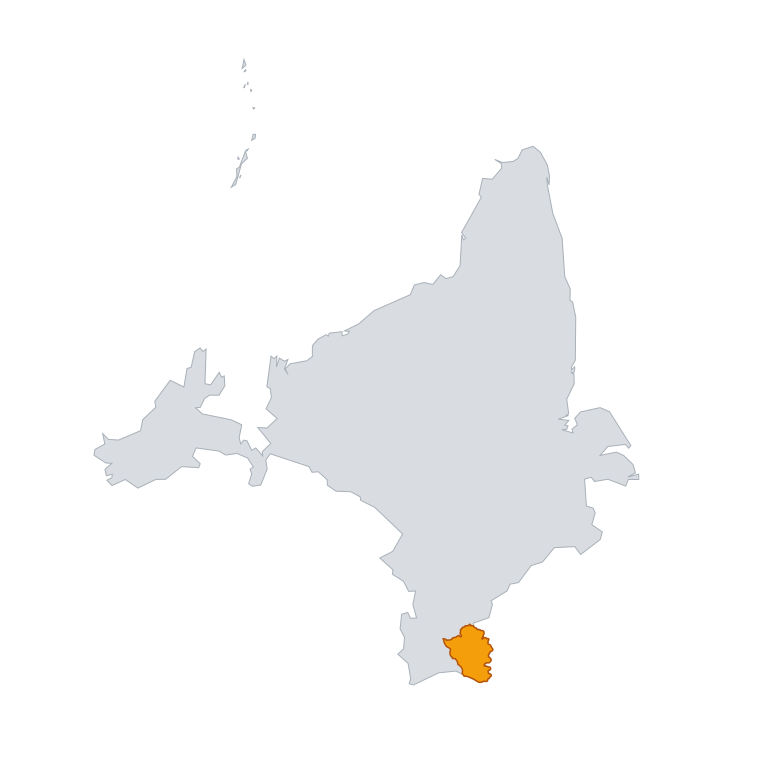 India, with Jammu and Kashmir highlighted, rotated 192°
{"feature_id": "IND-2431", "entity_name": "Jammu and Kashmir", "entity_type": "Union Territory", "adm_level": 1, "iso_a3": "IND", "parent_name": "India", "parent_adm1": "", "projection": "mercator", "projection_center": [75.016, 33.537], "detail": "fine", "context": "in_parent", "style": "filled", "palette": "amber", "viewbox_px": 768, "rotation_deg": 192, "n_neighbors": 0, "source": "natural_earth", "source_scale": "10m", "svg_char_len": 6998}
<svg xmlns="http://www.w3.org/2000/svg" viewBox="0 0 768 768"><g transform="rotate(192 384 384)"><path d="M114.9,343.6L125.2,341.4L126.3,334.4L145.2,337.4L157.8,332.4L162.0,335.9L168.0,332.6L160.7,306.8L153.6,306.0L150.6,301.8L151.5,289.6L139.7,284.7L140.2,276.8L156.2,258.1L163.5,264.6L183.3,259.4L192.0,242.8L202.3,237.0L211.1,217.8L219.0,214.4L220.7,207.1L234.2,194.2L232.1,191.0L232.8,177.3L247.0,168.6L245.3,165.2L235.2,162.6L234.8,156.8L229.1,156.5L228.2,151.6L222.6,147.3L225.3,140.3L222.1,135.5L227.2,130.5L220.8,127.6L222.0,124.0L218.8,120.9L221.8,114.7L228.1,112.2L254.1,118.1L270.4,112.9L292.7,95.7L297.1,96.1L296.6,101.3L302.4,115.8L314.3,122.6L309.8,129.0L311.2,140.4L317.3,147.7L318.9,162.4L313.3,165.5L309.3,160.3L303.5,162.0L309.9,174.2L310.1,188.0L316.8,186.3L323.9,195.1L336.0,199.5L336.8,204.2L351.9,212.9L340.7,222.1L334.6,241.2L367.4,261.4L382.7,265.4L383.7,268.6L394.0,271.7L408.7,269.2L418.3,273.2L419.7,278.5L429.9,284.5L436.0,282.7L440.2,287.6L480.8,292.1L483.8,285.1L480.6,276.6L483.5,259.6L491.5,256.6L495.7,258.4L494.7,268.5L497.3,272.8L494.5,275.7L502.0,283.2L513.4,285.5L524.1,281.6L531.4,284.1L554.6,282.4L556.2,273.4L547.2,267.8L547.9,263.6L564.8,261.1L577.8,245.4L587.2,243.3L603.1,231.0L617.2,236.8L629.1,228.1L635.0,232.3L630.7,235.8L631.0,239.2L636.5,236.5L639.2,242.6L633.7,249.9L639.6,248.9L652.9,254.0L653.1,259.9L644.6,267.2L648.8,277.0L642.0,272.5L632.0,274.0L612.4,287.7L612.5,299.1L602.3,313.9L604.6,319.4L593.9,343.2L579.1,339.4L579.9,358.2L576.1,360.2L575.9,376.2L571.4,381.0L568.0,378.2L565.3,381.2L559.2,347.1L553.4,347.0L547.6,361.2L544.3,356.8L542.0,358.7L539.3,349.2L543.0,338.8L552.4,336.8L556.5,332.5L558.9,322.9L563.3,321.6L555.6,317.0L525.9,317.2L514.7,314.5L514.5,301.2L511.7,295.6L509.5,299.9L506.1,299.9L499.7,291.6L496.1,294.8L487.7,288.4L489.0,292.4L482.4,302.3L498.4,315.2L489.3,316.6L481.3,328.0L494.2,335.2L491.3,347.3L494.2,355.7L498.0,357.1L500.3,387.7L496.7,385.9L494.6,389.1L492.7,378.4L491.7,387.6L486.2,385.6L483.1,388.0L484.5,378.0L479.8,373.3L483.8,378.4L479.9,384.3L464.3,390.7L459.8,396.0L462.0,406.6L457.8,414.2L450.9,420.2L448.5,419.3L448.0,422.4L436.1,426.4L434.8,422.5L430.1,425.1L428.8,428.3L433.7,427.7L421.3,437.5L409.0,453.7L376.8,476.9L374.9,487.2L365.8,491.6L357.0,491.5L351.3,502.6L345.2,500.0L338.7,503.5L334.2,515.7L338.9,545.9L336.1,541.6L334.4,543.6L339.6,548.3L327.6,587.0L330.5,589.2L330.3,605.6L320.6,606.8L313.7,619.8L315.2,624.1L322.4,626.7L314.4,625.3L304.1,628.4L299.9,632.4L297.5,641.8L287.5,647.5L279.1,643.1L269.7,632.1L265.4,621.9L263.9,613.0L267.9,620.3L265.8,613.1L254.4,586.1L240.0,563.4L229.6,526.7L221.6,515.7L219.5,504.5L216.6,503.5L210.3,489.1L201.8,446.9L204.2,439.5L203.6,436.9L201.1,440.4L200.5,438.4L200.6,434.1L203.9,434.5L200.2,432.8L198.0,423.7L202.1,407.1L197.2,393.3L199.2,391.3L197.0,391.5L206.2,385.8L195.7,386.8L198.6,381.4L195.3,381.3L195.9,377.6L200.6,376.2L189.0,375.4L190.7,379.0L186.3,384.3L190.3,390.1L185.9,397.6L167.7,405.8L157.7,403.8L129.7,375.0L131.3,372.1L135.4,375.1L152.0,369.4L157.8,359.0L142.6,365.7L134.7,363.9L123.7,357.0L119.6,349.4L126.2,343.7L116.2,348.8L114.9,343.6ZM568.0,582.8L564.5,576.4L569.2,569.8L570.5,548.3L574.3,544.8L571.0,556.2L572.9,563.9L570.6,565.8L568.0,582.8ZM588.3,663.2L588.4,672.3L585.3,667.3L588.3,663.2ZM563.9,601.2L561.5,601.4L561.2,597.5L564.1,594.8L563.9,601.2ZM580.0,648.7L579.9,651.3L579.3,648.9L580.0,648.7ZM582.9,645.0L581.9,648.5L582.2,644.8L582.9,645.0ZM585.9,660.0L584.9,662.7L584.1,661.7L585.9,660.0ZM569.6,627.1L567.9,627.2L568.7,625.8L569.6,627.1ZM567.4,584.1L565.7,585.6L566.5,583.3L567.4,584.1ZM573.4,573.3L574.3,575.9L572.3,574.0L573.4,573.3ZM575.7,644.3L574.3,643.9L574.9,642.5L575.7,644.3ZM568.2,556.1L567.3,558.9L567.8,555.9L568.2,556.1Z" fill="#d9dde1" stroke="#a8b0b8" stroke-width="1"/><path d="M235.9,163.3L235.3,163.0L234.8,162.5L234.2,160.9L234.2,160.5L234.3,160.1L234.5,159.7L234.7,159.3L234.7,158.9L234.6,158.0L234.5,157.5L234.7,157.0L235.1,156.1L235.3,155.7L235.2,155.2L234.9,155.0L234.6,155.0L234.3,155.4L234.1,155.8L234.0,156.2L233.9,156.5L233.5,156.8L233.1,156.9L232.2,157.0L231.8,157.0L231.5,156.9L231.0,156.3L230.6,156.2L230.3,156.2L229.7,156.6L229.3,156.6L228.9,156.6L228.6,156.4L228.4,156.0L228.2,155.6L228.4,155.4L228.5,155.2L228.7,154.8L228.8,154.3L228.5,153.2L228.5,152.1L228.3,151.6L227.8,151.3L226.1,151.0L225.4,150.6L224.4,149.1L223.8,148.5L223.1,148.1L222.6,147.5L222.3,146.9L222.4,145.9L222.6,145.5L222.9,145.3L223.6,145.0L223.9,144.8L224.1,144.5L224.3,144.2L224.5,143.8L225.1,142.2L225.5,140.5L225.2,139.3L224.2,138.5L223.0,137.9L222.1,137.1L222.0,136.8L221.9,136.5L221.8,136.2L221.9,135.5L221.9,135.2L222.0,134.9L222.1,134.7L222.8,133.5L223.2,133.1L225.2,132.8L225.8,132.5L226.5,132.0L227.0,131.5L227.4,130.9L227.6,130.2L227.3,129.4L226.8,129.0L226.1,129.1L225.4,129.2L224.7,129.3L223.8,128.9L223.4,128.9L222.1,129.2L221.6,129.1L221.0,128.7L220.6,128.1L220.4,127.4L220.6,126.8L221.0,126.3L222.1,125.7L222.5,125.4L222.5,124.9L222.4,124.5L222.1,124.0L221.7,122.9L221.4,122.5L220.8,122.5L220.3,122.5L219.8,122.5L219.4,122.3L218.9,122.0L218.5,121.6L218.4,121.0L218.5,120.5L218.8,120.0L219.0,119.8L219.4,119.6L219.6,119.4L219.7,119.1L219.7,118.3L220.0,117.8L220.9,117.2L221.2,116.7L221.2,116.1L221.0,115.5L221.1,115.0L221.6,114.5L221.9,114.4L224.8,113.9L225.3,113.6L226.6,112.6L227.8,112.1L229.0,112.0L230.2,112.2L234.8,113.9L241.3,115.3L243.1,115.2L244.3,114.9L244.9,114.9L245.1,115.1L245.4,115.2L245.6,115.6L245.9,116.0L246.7,116.5L247.4,116.9L247.4,118.9L247.9,121.0L249.7,123.1L251.8,124.6L253.2,124.9L253.8,125.7L253.9,126.7L254.7,127.8L255.5,128.6L256.4,129.4L257.2,130.1L259.0,130.0L259.9,129.7L260.4,130.4L260.8,131.1L262.5,132.1L263.3,133.9L263.8,135.3L263.7,137.1L264.0,138.8L265.1,139.3L266.6,139.6L268.5,140.4L270.1,142.0L271.4,143.7L272.2,145.5L273.1,147.1L271.0,147.3L270.7,147.2L269.8,146.4L269.5,146.3L268.9,146.7L266.8,147.1L266.0,147.5L264.9,148.2L264.6,148.4L264.5,148.7L264.5,148.9L264.5,149.2L264.3,149.5L263.8,150.1L263.4,150.3L263.0,150.5L262.3,150.7L261.3,151.2L261.0,151.4L260.8,151.6L260.4,152.1L258.9,153.4L258.6,153.6L258.4,153.7L258.0,153.2L257.8,153.1L257.7,153.0L257.1,152.8L256.8,152.7L256.6,152.7L256.3,152.8L256.0,152.9L255.9,153.1L255.8,153.4L255.9,153.7L256.0,154.0L256.2,154.3L256.8,155.0L257.1,155.2L257.2,155.5L257.3,155.7L257.4,155.9L257.7,156.2L257.8,156.4L257.8,156.7L257.9,156.8L257.7,157.2L257.6,158.0L258.1,159.1L258.1,159.3L258.1,159.6L258.0,159.8L257.8,160.0L257.5,160.3L257.0,161.1L257.0,161.4L256.8,161.8L256.6,162.1L256.5,162.3L256.3,162.5L256.1,162.5L255.7,162.8L254.7,163.2L254.6,163.4L254.5,163.8L254.5,164.0L254.3,164.1L254.0,164.3L253.9,164.5L253.6,164.6L252.3,164.7L251.6,165.2L250.9,165.8L250.3,166.8L249.9,166.6L249.6,166.4L249.3,166.3L249.2,166.1L249.2,165.6L248.8,165.6L248.6,165.8L248.2,166.0L247.0,165.9L246.5,166.1L245.3,165.0L244.6,164.7L243.3,164.3L242.7,164.0L242.0,163.4L241.4,163.2L240.8,163.2L240.1,163.5L239.3,163.6L238.0,163.0L237.3,163.0L236.6,163.2L235.9,163.3Z" fill="#f59e0b" stroke="#b45309" stroke-width="1.5"/></g></svg>